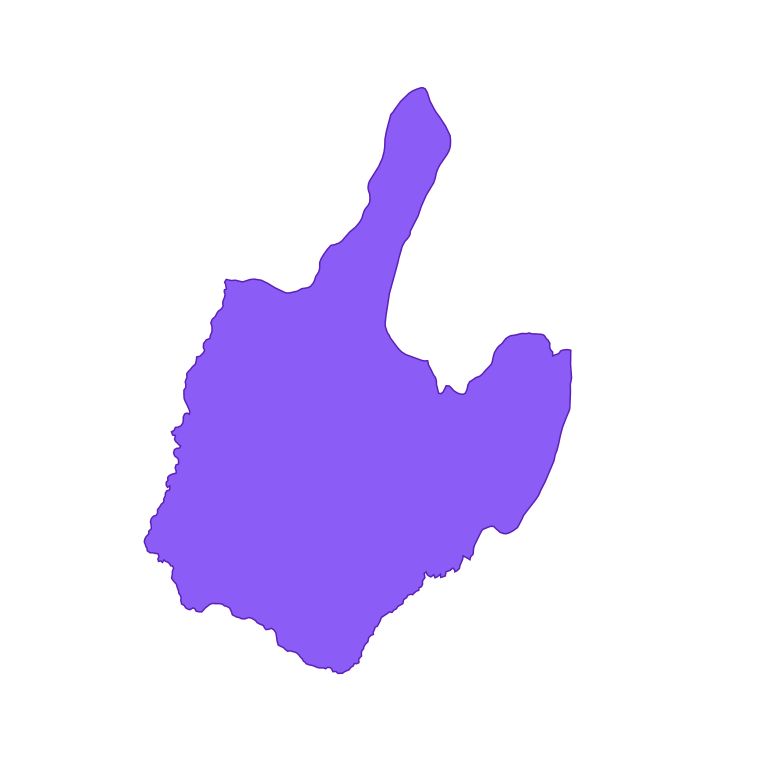 the district of Frutal, Minas Gerais, Brazil, rotated 203°
{"feature_id": "56859067B40089466397834", "entity_name": "Frutal", "entity_type": "district", "adm_level": 2, "iso_a3": "BRA", "parent_name": "Brazil", "parent_adm1": "Minas Gerais", "projection": "equal_earth", "projection_center": [-48.989, -20.109], "detail": "fine", "context": "isolated", "style": "filled", "palette": "violet", "viewbox_px": 768, "rotation_deg": 203, "n_neighbors": 0, "source": "geoboundaries", "source_scale": "gbopen_adm2", "svg_char_len": 6157}
<svg xmlns="http://www.w3.org/2000/svg" viewBox="0 0 768 768"><g transform="rotate(203 384 384)"><path d="M503.6,122.2L501.8,121.0L499.3,119.7L496.8,118.5L494.8,115.9L492.4,113.4L491.1,111.2L488.9,109.9L487.3,108.0L486.5,105.4L484.4,102.4L481.3,102.1L479.2,100.5L476.8,100.1L474.3,100.5L472.3,103.3L470.3,103.2L468.3,101.5L465.3,102.0L462.7,103.0L461.0,108.0L458.0,113.4L456.2,115.0L453.5,115.9L450.7,117.1L448.7,117.8L446.5,118.2L444.3,117.5L441.3,117.8L438.6,117.5L435.7,115.0L433.4,112.3L428.7,111.9L426.3,112.4L423.3,112.3L420.3,113.4L417.6,116.0L414.6,116.7L412.0,116.4L409.8,116.0L407.6,114.8L405.2,114.5L400.6,114.5L398.8,112.9L396.7,111.8L394.1,113.3L392.2,115.1L389.2,114.6L386.3,112.7L383.3,108.0L381.6,105.1L379.4,102.4L376.4,102.1L373.8,102.2L371.2,101.1L368.4,100.3L366.1,101.7L361.9,102.3L359.6,102.4L356.8,101.5L354.5,100.1L351.7,98.9L349.9,97.5L348.0,97.0L346.3,96.1L343.2,96.2L339.6,97.0L336.6,97.0L334.0,97.1L332.1,97.6L330.2,98.4L328.4,99.2L326.6,99.0L325.1,101.2L322.5,101.9L320.7,101.2L318.7,99.2L316.0,100.6L313.4,99.6L309.1,101.6L307.8,103.9L304.5,107.3L303.7,110.4L302.2,112.3L302.1,115.1L299.9,115.8L298.2,117.7L299.8,121.0L298.4,124.9L299.5,126.9L300.2,129.3L299.4,132.2L299.9,134.6L299.5,137.3L298.1,140.3L299.0,144.6L297.8,147.5L295.9,149.4L297.1,151.3L296.8,154.0L297.2,156.6L295.5,158.4L295.2,161.5L295.0,164.3L295.2,168.0L293.0,171.4L291.2,174.1L289.9,176.3L287.4,176.9L286.5,179.9L284.8,181.8L284.4,184.5L282.8,186.7L280.8,189.2L281.7,193.2L279.7,196.1L279.5,198.8L277.4,200.9L275.3,201.3L274.3,203.9L273.1,206.2L271.4,207.6L272.1,210.2L270.4,211.9L270.2,214.4L271.6,218.0L270.7,221.7L273.0,225.4L271.8,227.4L269.7,225.4L267.5,224.8L265.5,224.7L263.7,227.8L261.2,225.5L259.3,227.8L257.7,231.0L256.2,228.1L254.6,229.4L252.6,231.2L253.5,235.3L250.3,238.3L248.8,241.4L246.6,240.7L245.4,238.8L243.8,240.7L242.5,243.7L243.2,246.6L243.1,250.0L243.2,253.9L244.0,256.7L241.6,256.5L239.1,256.3L236.2,255.8L236.7,258.8L235.5,262.2L237.4,268.1L237.7,271.0L236.9,285.5L236.4,288.5L232.1,293.0L229.9,294.9L227.0,295.7L225.3,294.9L219.2,292.8L215.4,293.1L213.2,293.8L210.6,295.9L208.0,299.1L205.0,304.0L204.2,313.9L204.2,317.6L199.3,336.4L198.2,341.9L198.2,347.2L197.5,356.9L197.5,363.3L197.5,366.5L197.5,373.7L197.5,379.6L198.8,385.9L198.9,390.8L200.0,397.8L201.5,405.2L202.1,409.3L202.8,414.6L203.1,424.3L203.1,431.8L203.5,434.3L209.2,449.4L212.4,456.6L213.0,459.7L213.7,462.8L219.8,474.7L225.3,488.1L229.0,487.2L232.6,485.1L234.2,483.6L235.2,480.0L237.9,477.7L239.7,475.8L241.2,479.3L244.0,480.6L246.0,482.8L247.2,486.2L250.1,488.5L252.7,489.3L254.4,490.8L256.3,491.5L258.6,491.2L264.2,489.3L267.2,488.0L270.4,487.7L272.5,486.0L276.2,484.7L277.9,483.7L281.9,480.6L286.3,477.9L288.2,475.6L289.6,473.3L290.3,470.8L291.0,467.7L292.3,465.2L293.3,463.1L294.0,460.4L294.6,456.0L294.2,452.9L293.8,450.3L293.1,447.1L292.9,444.3L293.9,441.3L295.4,437.5L296.3,434.9L297.3,431.6L298.9,428.6L302.1,425.6L304.0,422.4L306.0,419.6L306.4,415.9L305.6,412.5L305.4,410.0L305.6,407.3L307.0,405.5L309.3,404.7L311.6,404.4L313.6,404.5L317.1,405.1L320.2,406.6L323.1,407.7L326.1,406.7L326.2,403.5L326.4,399.9L327.8,397.3L330.1,396.9L331.5,398.6L333.3,401.2L335.5,404.0L337.0,407.4L339.2,410.1L341.1,411.2L342.9,412.5L346.2,415.5L348.4,417.2L350.3,418.8L352.9,422.5L355.6,421.1L358.2,420.5L375.5,419.6L380.6,420.5L385.6,422.7L396.1,428.8L398.3,430.9L400.9,432.5L405.3,437.5L406.6,440.1L408.8,447.4L414.4,469.5L418.1,497.2L418.8,502.2L419.5,505.6L421.0,517.6L420.6,523.1L419.4,526.4L418.8,528.8L418.4,531.4L419.5,535.1L418.3,552.3L419.1,562.1L418.9,574.3L416.9,588.5L417.2,592.8L418.4,599.5L418.5,603.8L418.1,608.1L415.6,620.2L415.3,624.3L415.5,627.0L416.4,630.4L417.8,634.0L420.2,638.5L428.2,645.5L437.0,651.4L442.3,654.5L446.0,657.3L452.3,662.5L458.1,669.3L461.4,671.8L464.0,671.9L465.9,671.0L469.5,667.8L472.5,664.6L474.5,661.5L479.1,650.7L481.4,640.9L481.9,637.9L483.0,634.7L480.6,617.9L478.8,609.9L476.1,602.9L474.7,597.9L473.7,591.2L473.9,582.0L476.6,565.3L476.5,562.3L475.5,558.7L474.2,556.4L471.5,553.3L469.8,550.2L468.2,545.9L468.4,542.2L469.3,539.1L469.9,536.6L469.7,532.5L469.1,527.9L469.5,524.4L470.5,520.4L471.5,517.3L474.9,510.7L478.7,499.1L480.5,496.2L484.1,492.8L487.1,490.8L488.7,486.0L490.2,479.3L490.8,474.9L490.7,470.8L488.4,465.3L487.9,462.2L488.2,459.5L488.8,456.6L488.4,451.9L488.6,449.2L489.6,445.6L491.2,443.4L492.9,442.1L496.9,439.7L500.1,435.6L504.4,432.5L506.4,431.0L508.7,429.9L511.0,429.5L522.3,430.0L530.2,431.2L537.4,431.6L544.6,429.8L548.3,427.7L553.3,423.3L555.1,422.5L561.3,421.5L564.9,419.6L570.1,418.6L570.5,415.4L568.7,413.8L567.5,411.9L566.1,409.9L567.7,408.4L566.9,406.1L565.3,404.6L564.7,401.6L564.6,397.5L563.9,395.1L562.5,392.7L563.0,389.6L565.1,386.0L565.5,383.5L565.6,380.3L567.4,376.5L567.3,372.6L564.8,369.7L562.8,365.0L562.8,361.0L562.1,357.9L564.8,355.3L565.9,350.7L564.5,346.9L562.2,344.8L562.6,341.9L564.3,337.6L567.0,335.8L565.9,332.1L565.4,328.5L567.0,325.1L568.0,321.5L569.0,319.1L569.6,316.3L568.0,313.3L568.0,310.7L567.8,308.3L566.0,305.7L565.1,303.2L565.8,300.3L564.0,296.0L562.2,292.4L559.9,290.1L558.0,288.6L556.2,286.9L554.2,285.1L552.2,283.0L551.3,280.2L554.0,280.3L555.8,278.6L555.9,275.2L554.7,272.5L553.9,269.5L554.6,266.1L556.8,263.8L559.1,262.5L559.1,259.3L561.0,256.9L558.6,254.4L555.9,255.1L555.2,251.2L553.5,249.8L551.0,248.8L548.9,247.9L547.0,247.5L547.4,244.9L549.7,243.8L551.2,241.7L550.8,238.4L548.7,236.1L546.6,235.4L544.7,235.0L543.2,233.3L541.9,230.0L543.8,228.3L543.5,225.3L541.4,222.8L540.5,220.7L543.3,218.7L545.8,216.0L546.6,213.5L545.2,210.7L546.1,208.5L544.9,205.7L543.0,204.3L541.3,206.4L540.0,202.7L542.2,200.9L542.6,198.1L541.6,195.6L541.8,192.3L540.6,189.2L542.0,186.5L542.5,182.8L543.4,179.9L542.0,176.6L542.6,173.7L544.5,172.4L545.6,169.2L545.2,166.0L543.6,163.8L541.6,160.0L543.0,156.7L542.0,154.0L543.3,150.7L543.6,147.5L542.9,144.9L541.2,143.2L539.5,141.2L537.8,140.0L536.8,138.0L533.3,137.2L530.7,138.4L528.6,138.6L525.8,139.5L523.7,137.2L523.8,134.6L522.2,132.6L520.4,133.9L518.2,133.2L517.8,136.1L515.8,135.4L513.1,135.5L510.9,134.6L509.3,133.3L507.4,133.8L505.7,132.2L505.6,128.9L504.4,125.8L503.6,122.2Z" fill="#8b5cf6" stroke="#5b21b6" stroke-width="1.5"/></g></svg>